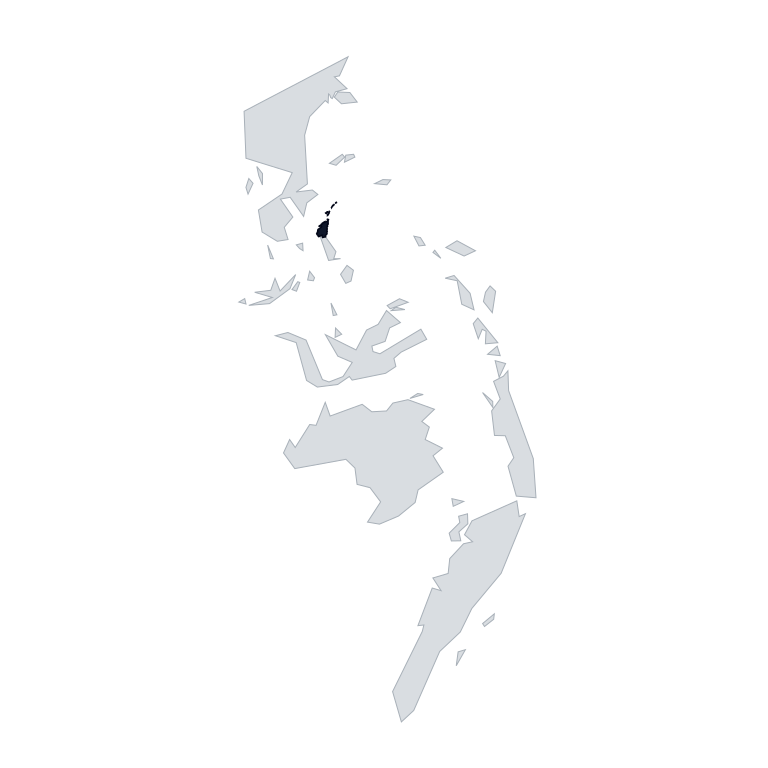 Seram Bagian Timur, Maluku, Indonesia (highlighted), rotated 242°
{"feature_id": "22746128B38603798591380", "entity_name": "Seram Bagian Timur", "entity_type": "district", "adm_level": 2, "iso_a3": "IDN", "parent_name": "Indonesia", "parent_adm1": "Maluku", "projection": "equal_earth", "projection_center": [130.853, -3.88], "detail": "fine", "context": "in_parent", "style": "filled", "palette": "ink", "viewbox_px": 768, "rotation_deg": 242, "n_neighbors": 0, "source": "geoboundaries", "source_scale": "gbopen_adm2", "svg_char_len": 7938}
<svg xmlns="http://www.w3.org/2000/svg" viewBox="0 0 768 768"><g transform="rotate(242 384 384)"><path d="M269.8,304.6L281.5,325.7L299.0,323.0L308.0,313.1L323.4,318.9L335.4,315.0L351.2,265.5L370.3,262.9L379.3,274.6L369.6,275.8L383.1,299.4L379.4,304.6L395.4,323.5L381.0,321.4L376.3,355.2L365.2,360.2L359.0,373.6L363.0,382.9L358.9,397.8L338.0,416.7L333.2,399.8L324.7,403.8L315.6,394.3L299.9,405.5L297.6,393.6L278.3,394.9L274.5,364.4L264.8,355.9L260.6,334.9L262.4,314.2L269.8,304.6ZM77.5,240.7L108.4,247.2L147.6,301.7L152.5,306.1L154.7,300.5L181.2,330.8L174.7,337.4L189.8,336.1L186.6,351.7L199.0,360.1L205.6,379.2L203.1,388.2L213.1,384.3L221.9,397.5L218.5,446.4L203.5,441.1L203.1,448.0L161.9,398.6L144.6,356.2L129.2,334.9L121.7,307.6L81.8,257.0L77.5,240.7ZM690.5,388.5L689.8,505.9L677.0,489.3L678.5,484.4L662.1,490.0L664.8,478.3L660.3,472.3L661.9,471.4L664.5,471.8L666.1,471.2L658.4,466.6L661.9,465.2L655.0,443.9L640.9,430.7L596.6,410.3L594.8,396.5L588.9,411.8L582.4,414.6L580.2,400.9L569.7,391.7L592.9,388.8L595.9,379.3L574.2,381.9L569.2,369.5L556.6,367.1L560.1,356.8L575.4,347.7L596.6,354.8L599.6,383.1L613.7,402.2L648.1,368.1L690.5,388.5ZM474.6,323.3L459.4,335.8L416.8,331.7L411.6,336.4L409.8,351.3L418.0,366.1L430.2,356.3L455.1,355.4L427.2,375.3L439.8,393.9L439.4,406.8L447.7,420.7L430.5,427.3L430.9,415.3L421.1,405.0L423.2,391.1L417.8,389.5L412.6,394.6L415.1,442.3L403.4,442.7L404.1,414.2L402.0,404.8L393.9,402.7L392.7,390.5L402.4,357.7L406.9,356.9L405.3,342.9L412.6,323.7L423.5,317.3L461.8,325.9L477.6,310.8L474.6,323.3ZM222.9,448.2L253.2,454.9L258.0,464.0L281.4,466.8L286.7,457.4L309.7,466.4L316.2,479.6L334.9,482.0L334.8,493.1L337.5,499.6L319.6,490.9L248.1,480.8L212.2,464.8L222.9,448.2ZM512.8,326.0L525.7,312.9L519.9,328.0L528.5,337.4L514.9,335.9L522.1,357.4L512.3,345.7L508.7,320.7L516.9,301.5L512.8,326.0ZM519.1,393.1L550.9,397.9L554.1,411.1L541.2,401.5L523.4,403.7L518.2,398.4L515.1,404.5L519.1,393.1ZM446.9,496.8L423.7,502.6L407.2,498.3L417.9,490.1L440.8,497.1L448.7,487.7L446.9,496.8ZM379.7,488.5L395.4,491.1L398.2,497.8L367.0,503.9L371.9,492.4L382.7,498.9L386.2,496.4L379.7,488.5ZM475.5,502.7L476.2,515.7L458.7,527.3L459.4,514.8L475.5,502.7ZM221.7,371.5L226.1,385.9L232.2,387.8L230.2,396.8L221.2,392.4L218.3,380.7L209.5,378.2L213.8,369.8L221.7,371.5ZM657.4,490.7L645.5,492.7L651.4,478.0L660.6,474.8L663.5,480.3L657.4,490.7ZM410.1,510.5L417.4,516.7L420.8,523.7L413.5,526.1L396.1,513.1L410.1,510.5ZM501.2,397.1L506.1,407.0L498.8,410.4L490.4,403.2L490.8,397.5L501.2,397.1ZM335.8,488.8L352.4,493.1L345.0,501.0L335.8,488.8ZM361.6,489.4L364.3,501.7L354.5,499.9L361.6,489.4ZM250.9,390.1L242.9,399.3L243.5,387.7L250.9,390.1ZM604.5,439.4L606.4,455.0L602.8,455.8L599.6,444.4L604.5,439.4ZM330.2,467.0L317.6,471.8L312.2,469.1L330.2,467.0ZM451.8,423.6L452.0,437.7L444.8,443.7L447.5,424.8L451.8,423.6ZM101.3,315.5L112.7,323.7L111.2,331.1L101.3,315.5ZM129.3,373.5L124.8,370.4L122.7,358.9L126.2,358.6L129.3,373.5ZM561.0,485.8L558.5,480.1L565.3,469.8L565.0,479.0L561.0,485.8ZM548.1,342.6L561.3,346.5L546.4,345.1L548.1,342.6ZM468.3,371.3L480.4,375.2L467.2,374.9L468.3,371.3ZM446.2,430.5L439.9,437.4L445.4,424.8L446.2,430.5ZM615.5,353.1L622.4,354.4L628.9,361.1L622.7,362.6L615.5,353.1ZM500.5,479.8L496.2,484.9L487.2,485.5L489.5,479.7L500.5,479.8ZM604.0,457.7L601.1,465.0L598.0,464.8L598.4,453.2L604.0,457.7ZM518.5,371.3L510.5,372.6L508.3,370.1L511.7,365.4L518.5,371.3ZM616.8,370.1L626.5,371.2L635.8,373.8L626.9,375.5L616.8,370.1ZM448.1,362.7L456.2,367.5L447.8,370.0L448.1,362.7ZM524.8,301.1L519.4,299.7L524.5,294.3L524.8,301.1ZM468.3,493.2L477.2,489.0L478.3,491.6L468.3,493.2ZM548.0,371.9L546.6,378.3L539.7,375.1L543.2,373.1L548.0,371.9ZM359.8,409.3L356.3,413.7L359.1,400.1L359.8,409.3ZM510.6,347.1L514.8,355.9L513.2,357.3L507.0,350.3L510.6,347.1Z" fill="#d9dde1" stroke="#a8b0b8" stroke-width="1"/><path d="M541.4,401.6L541.7,401.7L542.0,401.6L542.3,401.7L542.4,401.8L542.7,402.0L542.9,402.4L542.9,402.6L542.9,402.9L542.9,403.3L543.1,403.5L543.3,404.1L543.5,404.3L543.8,404.3L544.1,404.4L544.4,404.5L544.5,404.6L544.9,404.8L544.9,405.0L545.0,405.2L545.3,405.3L545.6,405.4L545.6,405.5L545.9,405.5L546.0,405.6L546.5,405.8L546.7,406.0L547.0,406.0L547.3,406.2L547.3,406.3L547.5,406.3L547.7,406.5L547.9,406.6L548.0,406.8L548.3,406.7L548.8,407.0L549.0,407.2L549.3,407.4L549.6,407.9L549.6,408.1L549.8,408.3L550.0,408.3L550.4,408.4L550.9,408.6L551.0,408.7L550.9,408.7L551.0,408.8L551.1,409.0L551.3,409.1L551.3,409.3L551.5,409.4L551.5,409.6L551.4,409.7L551.5,409.8L551.8,409.9L551.9,410.0L552.0,410.1L552.5,410.1L552.7,410.4L552.9,410.5L553.1,410.4L553.3,410.5L553.5,410.7L553.7,410.9L553.8,410.9L553.9,411.0L554.3,410.9L554.3,411.0L554.4,411.3L554.6,411.4L554.7,411.2L554.5,410.8L554.4,410.7L554.3,410.4L554.4,410.2L554.4,409.9L554.4,409.7L554.4,409.3L554.4,409.0L554.4,408.7L554.3,408.2L554.4,407.5L554.6,407.2L554.9,407.1L555.0,406.8L555.1,406.7L555.1,406.2L555.0,405.9L554.8,405.5L554.7,405.4L554.5,405.2L554.4,405.1L554.3,404.6L554.2,404.5L554.1,404.4L554.1,404.2L554.4,404.1L554.6,404.0L554.6,403.8L554.3,403.5L554.2,403.3L554.1,402.9L553.3,402.8L553.2,402.9L552.7,402.8L552.6,402.7L552.4,402.9L552.2,402.8L552.1,402.5L551.9,402.3L551.9,402.0L551.8,401.7L551.7,401.2L551.8,400.7L551.7,400.3L551.7,399.8L551.6,399.7L551.5,399.4L551.5,399.1L551.5,398.9L551.4,398.9L551.4,398.4L551.3,398.2L551.1,398.0L551.0,397.8L550.8,397.7L550.7,397.6L550.4,397.4L550.1,397.4L550.1,397.5L549.9,397.4L549.7,396.9L549.4,396.6L549.2,396.6L549.2,396.4L549.2,396.2L548.9,396.0L548.8,395.8L548.5,395.5L548.4,395.3L548.2,395.4L548.0,395.1L547.8,395.1L547.5,395.1L547.2,395.1L546.8,395.2L546.6,395.3L546.2,395.6L545.9,395.7L545.7,395.7L545.6,395.4L545.3,395.3L545.2,395.4L545.0,395.5L544.8,395.5L544.7,395.7L544.7,395.8L544.7,396.0L544.6,396.4L544.7,396.6L544.6,396.8L544.7,397.0L544.7,397.7L544.7,397.8L544.7,398.1L544.6,398.3L544.5,398.6L544.6,398.8L544.6,399.0L544.4,399.3L544.3,399.1L544.1,399.0L543.9,398.8L543.5,398.8L542.3,398.5L542.1,398.6L542.1,398.8L542.1,399.1L542.1,399.3L541.9,399.6L542.0,399.8L541.9,400.2L541.7,400.4L541.7,400.7L541.7,400.9L541.6,401.1L541.3,401.4L541.3,401.5L541.4,401.6ZM562.2,412.7L561.6,413.1L561.8,413.6L561.9,413.9L561.9,414.0L562.0,414.1L562.1,414.4L562.2,414.6L562.3,414.9L562.4,415.0L562.6,415.0L562.7,414.8L562.7,414.7L562.7,414.3L562.6,414.2L562.5,413.9L562.5,413.6L562.4,413.4L562.4,413.2L562.4,412.7L562.2,412.7ZM560.7,415.0L560.5,414.9L560.4,415.0L560.7,415.9L561.2,416.0L561.4,416.3L561.6,416.3L561.7,416.5L561.8,416.8L562.1,416.7L561.9,416.4L561.7,415.9L561.2,415.6L561.0,415.3L560.9,415.1L560.7,415.0ZM564.9,421.3L564.9,421.5L565.2,421.8L565.2,422.3L565.4,422.7L565.4,422.9L565.5,422.9L565.4,423.2L565.5,423.3L565.8,423.4L565.8,422.7L565.7,422.6L565.6,422.4L565.5,422.2L565.4,422.0L565.3,421.8L565.2,421.5L564.9,421.3ZM566.6,426.3L566.4,426.3L566.4,426.5L566.5,426.7L566.4,427.0L566.4,427.3L566.5,427.4L566.6,427.6L566.6,427.8L566.7,427.6L566.7,427.4L566.8,427.2L566.8,426.7L566.6,426.3ZM559.9,414.2L560.0,413.7L559.8,413.4L559.7,413.3L559.4,413.3L559.5,413.6L559.5,413.8L559.6,414.0L559.6,414.3L559.9,414.6L560.0,414.5L559.9,414.4L559.9,414.2ZM553.8,401.6L554.0,401.6L554.1,401.4L554.0,401.1L553.9,401.1L553.7,400.9L553.6,401.1L553.5,401.4L553.8,401.6ZM555.8,411.3L555.9,411.2L555.7,411.3L555.6,411.5L555.5,411.8L555.8,411.7L556.0,411.6L556.1,411.4L556.0,411.5L556.0,411.3L555.9,411.3L555.9,411.5L555.8,411.3ZM554.3,411.0L554.0,411.0L554.2,411.3L554.3,411.3L554.3,411.2L554.2,411.0L554.3,411.0ZM564.5,420.5L564.4,420.5L564.5,420.6L564.5,420.8L564.6,421.0L564.8,421.1L564.7,420.9L564.6,420.7L564.6,420.8L564.5,420.5ZM566.1,424.4L566.0,424.2L565.9,424.3L566.0,424.4L566.1,424.6L566.1,424.4ZM555.4,411.4L555.3,411.5L555.4,411.4L555.4,411.4ZM555.0,405.1L554.9,405.0L555.0,405.2L555.0,405.1ZM555.1,407.6L555.1,407.4L555.0,407.5L555.1,407.6ZM554.8,411.2L554.8,411.3L554.8,411.2ZM556.2,411.5L556.2,411.4L556.2,411.5ZM559.1,412.2L558.9,412.2L559.0,412.2L559.1,412.2Z" fill="#0f172a" stroke="#020617" stroke-width="1.5"/></g></svg>